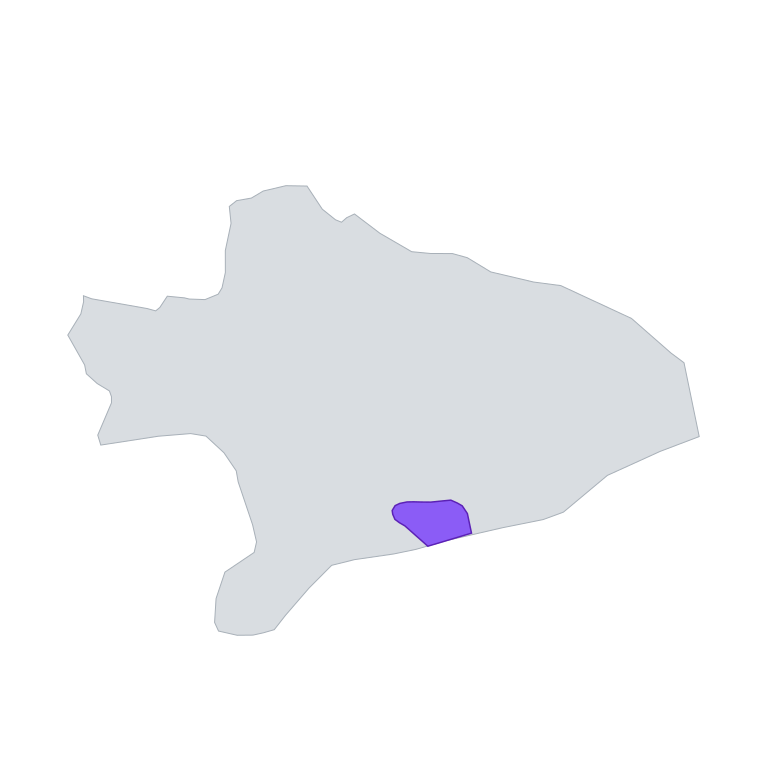 Bujumbura Mairie on a map of Burundi (Natural Earth projection), rotated 257°
{"feature_id": "BDI-3364", "entity_name": "Bujumbura Mairie", "entity_type": "Province", "adm_level": 1, "iso_a3": "BDI", "parent_name": "Burundi", "parent_adm1": "", "projection": "natural_earth1", "projection_center": [29.344, -3.441], "detail": "fine", "context": "in_parent", "style": "filled", "palette": "violet", "viewbox_px": 768, "rotation_deg": 257, "n_neighbors": 0, "source": "natural_earth", "source_scale": "10m", "svg_char_len": 1404}
<svg xmlns="http://www.w3.org/2000/svg" viewBox="0 0 768 768"><g transform="rotate(257 384 384)"><path d="M537.6,111.0L532.8,118.3L510.8,170.2L506.6,178.0L509.0,182.8L518.3,192.6L512.8,209.0L510.6,213.3L506.5,228.6L508.8,242.6L514.1,247.8L528.3,254.5L549.7,259.4L574.9,271.1L591.8,273.2L595.8,281.6L595.0,296.6L599.2,309.7L599.3,333.0L594.2,353.5L568.2,363.2L554.9,373.7L551.2,379.0L554.5,385.2L556.3,393.5L531.8,413.9L506.7,440.7L500.7,458.7L495.7,480.0L488.3,493.6L469.2,513.2L449.7,552.7L440.1,578.4L392.2,639.9L349.6,670.6L337.2,681.1L261.9,679.3L256.2,637.8L244.7,581.1L218.8,530.0L216.1,508.6L217.3,467.3L217.4,409.3L215.7,378.1L216.2,355.4L219.5,315.8L219.1,292.2L202.0,265.0L180.8,236.0L169.3,221.8L168.7,210.4L168.8,199.8L172.2,184.4L180.5,167.2L189.8,165.3L212.7,172.1L236.5,186.7L249.1,219.6L258.8,224.3L276.4,224.3L321.4,219.9L332.6,220.5L353.0,212.6L373.3,198.8L379.2,184.4L383.9,152.2L388.2,94.3L398.6,93.6L426.9,114.2L433.0,115.6L439.0,114.9L448.9,104.7L460.9,96.3L469.9,96.6L502.8,86.9L520.5,104.4L531.7,109.8L537.6,111.0Z" fill="#d9dde1" stroke="#a8b0b8" stroke-width="1"/><path d="M219.0,435.7L216.1,390.2L229.3,380.8L241.1,372.4L245.3,367.9L249.6,364.2L255.1,363.2L258.9,363.5L263.0,367.5L264.1,372.5L263.9,379.9L262.5,386.5L260.5,394.2L258.4,402.9L257.0,414.0L255.8,423.0L251.5,428.7L247.7,432.8L239.0,436.1L219.0,435.7Z" fill="#8b5cf6" stroke="#5b21b6" stroke-width="1.5"/></g></svg>